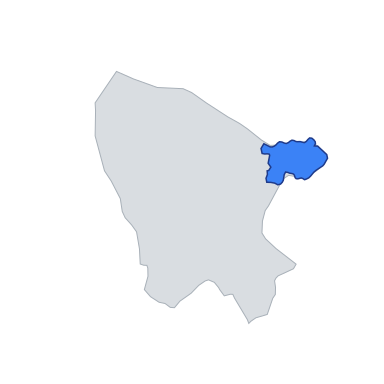 where Cibitoke sits in Burundi, rotated 123°
{"feature_id": "BDI-2638", "entity_name": "Cibitoke", "entity_type": "Province", "adm_level": 1, "iso_a3": "BDI", "parent_name": "Burundi", "parent_adm1": "", "projection": "albers", "projection_center": [29.231, -2.849], "detail": "fine", "context": "in_parent", "style": "filled", "palette": "blue", "viewbox_px": 384, "rotation_deg": 123, "n_neighbors": 0, "source": "natural_earth", "source_scale": "10m", "svg_char_len": 1978}
<svg xmlns="http://www.w3.org/2000/svg" viewBox="0 0 384 384"><g transform="rotate(123 192 192)"><path d="M271.3,72.8L268.9,76.0L257.8,98.6L255.6,102.0L256.8,104.1L261.5,108.4L258.8,115.6L257.7,117.5L255.6,124.1L256.7,130.3L259.4,132.5L266.6,135.5L277.4,137.6L290.1,142.7L298.6,143.7L300.6,147.4L300.2,153.9L302.4,159.6L302.4,169.8L299.8,178.8L286.7,183.0L279.9,187.6L278.1,189.9L279.7,192.6L280.6,196.2L268.3,205.1L255.6,216.8L252.5,224.7L250.0,234.0L246.3,239.9L236.6,248.5L226.8,265.7L221.9,276.9L197.7,303.8L176.3,317.2L170.0,321.8L132.0,321.0L129.1,302.9L123.3,278.1L110.2,255.7L108.8,246.4L109.5,228.4L109.5,203.0L108.6,189.4L108.9,179.5L110.6,162.2L110.4,151.9L101.8,140.0L91.0,127.3L85.2,121.1L84.9,116.1L84.9,111.5L86.7,104.7L90.9,97.2L95.6,96.4L107.1,99.4L119.2,105.8L125.5,120.1L130.4,122.2L139.3,122.2L162.0,120.3L167.7,120.5L178.0,117.1L188.3,111.0L191.2,104.8L193.7,90.7L195.8,65.4L201.1,65.1L215.4,74.1L218.5,74.7L221.5,74.4L226.5,70.0L232.6,66.3L237.1,66.4L253.7,62.2L262.7,69.9L268.3,72.2L271.3,72.8Z" fill="#d9dde1" stroke="#a8b0b8" stroke-width="1"/><path d="M96.9,96.3L98.9,96.6L106.3,99.8L109.0,100.6L114.1,101.2L116.6,101.8L118.8,103.1L120.3,104.2L120.4,104.8L120.3,106.2L120.7,107.8L120.7,108.0L123.3,110.4L124.1,111.9L123.8,113.3L122.1,115.4L121.7,116.6L122.0,118.0L123.1,120.5L123.3,122.1L124.3,124.4L127.3,124.1L132.5,121.8L134.7,121.6L137.0,122.0L139.2,123.9L139.5,127.4L141.0,131.1L143.1,134.6L140.2,137.4L136.2,138.3L133.3,140.5L132.2,139.4L128.2,139.4L126.4,143.8L118.8,146.9L118.2,148.0L119.0,149.7L120.5,151.7L121.5,154.2L117.9,157.8L112.4,158.0L111.6,151.0L110.5,149.2L108.8,148.0L106.7,147.2L104.5,146.9L102.2,146.0L101.1,143.8L100.7,141.3L100.0,139.4L98.1,138.1L95.9,137.4L94.1,136.4L93.3,134.5L93.1,132.5L92.6,131.3L90.8,128.7L89.7,125.4L89.2,124.5L87.3,123.7L84.8,123.4L82.6,122.8L81.6,120.8L81.9,118.2L82.7,116.1L84.2,114.8L86.7,114.5L85.1,111.5L87.2,99.4L89.9,96.7L96.9,96.3Z" fill="#3b82f6" stroke="#1e3a8a" stroke-width="1.5"/></g></svg>